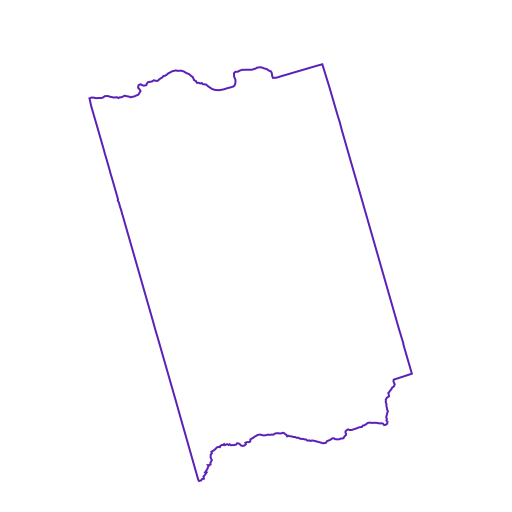 outline of Brasília, Distrito Federal, Brazil, rotated 74°
{"feature_id": "56859067B90477915212525", "entity_name": "Brasília", "entity_type": "district", "adm_level": 2, "iso_a3": "BRA", "parent_name": "Brazil", "parent_adm1": "Distrito Federal", "projection": "albers", "projection_center": [-47.765, -15.776], "detail": "fine", "context": "isolated", "style": "outline", "palette": "violet", "viewbox_px": 512, "rotation_deg": 74, "n_neighbors": 0, "source": "geoboundaries", "source_scale": "gbopen_adm2", "svg_char_len": 4815}
<svg xmlns="http://www.w3.org/2000/svg" viewBox="0 0 512 512"><g transform="rotate(74 256 256)"><path d="M455.7,367.4L453.5,367.3L452.1,365.1L450.5,363.2L449.9,364.5L447.2,361.3L446.0,360.6L444.9,359.5L443.8,359.9L444.2,358.4L443.8,357.1L442.1,356.8L441.0,355.6L440.1,354.7L437.3,355.2L435.7,354.7L434.4,354.2L433.5,352.8L431.9,352.9L431.5,351.4L431.0,349.5L429.2,346.2L429.1,344.7L429.8,343.4L428.6,342.5L428.2,340.9L428.7,339.6L428.0,338.5L429.2,338.0L428.9,335.6L430.1,334.4L429.7,333.2L430.9,332.4L431.4,330.4L431.7,329.0L431.8,327.1L430.8,325.6L431.5,324.3L432.6,323.3L433.8,322.8L434.9,321.3L435.0,319.3L434.1,317.6L432.6,317.7L432.4,316.2L433.1,313.7L432.6,312.6L430.8,312.0L430.3,310.5L430.1,308.9L429.3,307.4L429.0,305.6L428.5,303.9L428.6,302.3L428.9,300.9L430.0,299.4L430.7,297.5L431.0,295.8L431.0,293.8L431.7,292.2L431.9,290.5L432.5,288.7L431.9,286.5L432.2,284.2L433.0,282.4L433.5,280.9L433.3,279.4L433.7,278.1L434.9,277.3L436.5,276.0L437.9,275.8L437.6,274.6L438.4,273.5L438.9,272.3L439.6,270.9L440.3,269.8L440.8,268.3L442.0,267.0L442.4,265.3L443.7,264.1L444.4,262.6L444.9,261.0L445.7,259.8L446.2,258.5L447.7,257.4L448.0,255.4L448.9,254.6L448.7,253.2L449.3,251.8L450.5,249.6L451.3,248.3L452.2,246.8L453.1,245.3L454.3,243.6L454.8,241.5L454.8,240.3L453.5,238.7L453.4,237.1L453.2,235.3L452.4,233.1L452.6,231.5L453.8,230.5L454.4,229.1L454.8,227.8L455.1,226.6L454.9,225.3L455.1,223.8L455.3,222.2L454.3,221.2L453.5,220.2L453.0,219.0L451.9,218.4L450.4,218.7L449.1,218.2L448.3,216.4L448.1,215.1L449.0,214.2L449.4,212.9L449.6,211.7L449.5,209.7L449.5,208.2L449.4,206.8L449.1,204.6L449.3,202.6L449.5,201.3L448.5,200.1L448.6,198.6L448.3,197.3L447.9,196.1L447.3,194.9L447.4,193.0L448.2,191.0L448.7,189.3L449.0,188.0L449.5,186.3L450.4,184.6L451.2,182.8L451.3,181.5L452.2,180.1L453.9,179.4L454.0,177.8L453.4,176.2L451.7,175.3L450.0,176.0L448.7,175.1L446.9,175.3L445.2,174.3L443.2,173.2L441.6,172.0L439.8,172.3L438.1,172.0L436.0,172.0L434.3,171.4L432.3,171.6L431.1,171.1L429.9,170.9L428.4,169.5L427.6,166.9L426.1,166.6L424.2,166.6L423.4,165.4L422.3,164.0L421.6,162.8L420.1,161.5L419.6,159.8L418.6,158.7L417.5,158.0L416.2,158.3L414.4,158.4L412.8,157.7L412.1,138.6L387.5,138.7L381.5,138.7L380.2,138.4L373.6,138.6L369.9,138.6L368.2,138.7L365.1,138.7L352.5,138.7L346.4,138.7L342.1,138.7L339.4,138.7L334.1,138.7L332.4,138.7L330.8,138.7L312.1,138.7L300.8,138.7L266.7,138.7L232.6,138.7L182.2,138.8L158.0,138.8L150.6,138.6L141.7,138.8L114.0,138.9L90.0,139.4L89.9,145.5L90.1,178.1L90.1,182.7L90.2,184.4L90.2,185.9L90.2,187.5L89.4,190.7L87.4,190.8L86.2,190.6L84.8,190.5L83.6,190.5L82.5,190.9L81.2,192.7L79.5,193.9L78.7,195.1L77.9,196.5L76.7,198.0L75.9,199.3L75.5,201.4L75.2,203.0L75.8,204.8L75.7,206.1L75.8,207.8L75.5,209.9L75.0,211.5L74.6,212.8L74.2,214.3L73.8,215.9L73.2,218.0L73.3,220.3L73.8,222.7L73.3,225.2L74.2,226.8L76.0,227.2L77.4,227.6L79.3,227.4L81.0,227.2L82.9,227.7L84.9,228.6L86.3,229.8L86.8,230.9L86.9,232.7L86.9,234.6L86.8,236.5L86.8,238.1L86.9,239.6L86.9,241.5L86.7,243.5L86.5,245.3L86.0,247.1L85.3,249.1L84.0,251.3L82.8,252.7L81.4,253.8L79.9,255.1L78.4,256.1L77.3,256.9L76.8,258.2L76.2,259.7L74.7,260.5L74.8,262.1L73.7,263.4L73.2,265.1L71.2,265.6L69.9,267.0L68.4,267.2L66.3,267.6L65.0,268.8L63.3,269.7L61.7,271.5L60.4,273.1L58.9,274.3L57.4,276.5L56.8,278.6L56.4,280.4L55.5,281.8L55.4,284.6L55.4,286.4L55.9,287.7L56.1,289.7L56.9,291.3L57.3,292.5L57.7,293.7L57.5,295.4L58.5,296.8L59.1,299.1L59.6,300.5L60.2,301.5L60.5,302.7L59.8,304.3L58.9,305.9L59.5,307.3L59.5,308.8L59.3,310.2L59.1,311.8L60.1,313.3L61.5,314.4L61.4,316.7L60.6,318.1L59.1,319.6L59.4,321.8L61.8,323.0L63.7,322.0L65.6,321.5L67.0,323.0L68.5,324.7L68.7,326.8L69.1,328.9L68.9,331.0L68.9,332.8L67.9,333.9L67.3,335.2L66.6,336.5L65.7,338.0L66.2,340.6L66.3,342.0L65.9,343.1L66.2,344.8L65.0,346.0L64.8,347.5L64.4,349.2L63.5,350.8L62.7,352.5L61.7,353.7L60.9,355.9L60.7,357.1L61.1,358.4L61.5,359.7L61.5,361.4L60.9,363.0L60.5,365.0L59.9,367.0L59.0,368.3L58.4,370.3L58.5,372.6L66.3,373.1L93.3,373.0L106.8,373.0L112.2,373.0L113.6,373.0L115.0,373.1L121.3,373.0L127.5,373.0L131.0,373.0L137.1,373.1L143.4,373.0L145.7,373.0L147.1,373.0L148.9,373.0L150.8,373.0L152.8,373.0L154.0,373.0L155.3,373.0L157.4,373.0L158.8,373.0L160.7,373.0L163.4,373.0L164.5,373.6L166.5,373.1L167.9,373.1L169.5,373.1L172.1,373.1L173.7,373.0L175.4,373.0L177.0,373.0L178.6,373.1L179.9,373.0L181.8,373.0L184.0,373.0L186.4,373.0L188.2,373.0L190.0,373.0L191.6,373.0L193.8,373.0L197.9,373.0L204.1,373.0L205.6,373.0L209.3,373.0L216.1,373.0L218.7,373.0L236.8,373.0L242.0,373.0L245.9,373.0L249.0,373.0L277.5,373.0L279.9,373.0L287.2,373.0L302.2,373.1L306.7,373.0L325.1,373.0L329.8,373.0L338.1,373.0L355.2,373.0L362.8,373.0L367.8,373.0L373.7,373.0L397.8,373.1L412.8,373.1L453.1,373.2L455.1,373.2L456.6,372.8L456.6,370.5L455.6,369.5L455.7,367.4Z" fill="none" stroke="#5b21b6" stroke-width="2"/></g></svg>